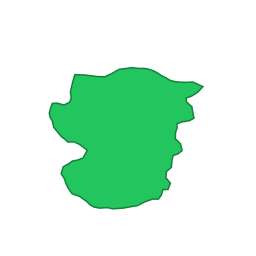 Palmares Paulista, São Paulo, Brazil, rotated 52°
{"feature_id": "56859067B79486573707853", "entity_name": "Palmares Paulista", "entity_type": "district", "adm_level": 2, "iso_a3": "BRA", "parent_name": "Brazil", "parent_adm1": "São Paulo", "projection": "albers", "projection_center": [-48.826, -21.099], "detail": "fine", "context": "isolated", "style": "filled", "palette": "green", "viewbox_px": 256, "rotation_deg": 52, "n_neighbors": 0, "source": "geoboundaries", "source_scale": "gbopen_adm2", "svg_char_len": 1203}
<svg xmlns="http://www.w3.org/2000/svg" viewBox="0 0 256 256"><g transform="rotate(52 128 128)"><path d="M201.2,142.6L198.0,138.3L201.1,134.4L197.6,128.6L190.5,128.8L186.0,124.5L185.7,118.0L180.3,113.0L177.5,109.3L179.1,104.7L179.1,99.2L172.9,96.4L165.4,97.3L160.5,92.9L158.1,89.2L154.8,86.9L156.5,81.6L160.0,75.2L160.9,70.0L156.6,67.8L150.5,64.6L143.6,65.8L140.1,63.7L142.0,58.5L142.7,51.1L141.6,43.5L136.3,46.2L131.7,48.6L128.2,53.6L124.1,58.6L119.8,63.0L116.1,65.6L112.2,67.1L107.6,69.3L102.9,70.8L99.0,72.5L94.0,75.8L91.0,78.5L87.8,82.7L82.8,87.8L79.3,93.9L76.3,98.9L75.1,107.0L73.5,114.5L68.3,120.8L59.5,129.5L56.4,133.3L53.2,137.0L58.6,144.4L64.2,151.3L69.2,154.1L71.8,158.1L70.4,164.3L64.5,168.8L62.0,172.4L64.4,176.3L67.7,180.8L71.8,182.8L76.1,183.4L81.7,186.1L93.9,185.8L97.9,184.7L102.0,184.0L105.9,178.9L111.3,176.2L120.4,173.8L123.9,181.7L122.2,187.5L119.8,192.1L119.6,197.0L118.7,203.0L122.8,208.8L129.5,209.5L133.4,211.1L139.6,212.3L145.5,212.5L152.0,208.3L160.4,205.8L164.9,205.2L169.3,203.5L173.6,199.8L177.9,193.5L182.5,189.5L185.6,184.9L188.5,180.6L191.6,174.5L195.0,168.3L196.5,160.4L199.1,152.5L202.8,147.8L201.2,142.6Z" fill="#22c55e" stroke="#15803d" stroke-width="1.5"/></g></svg>